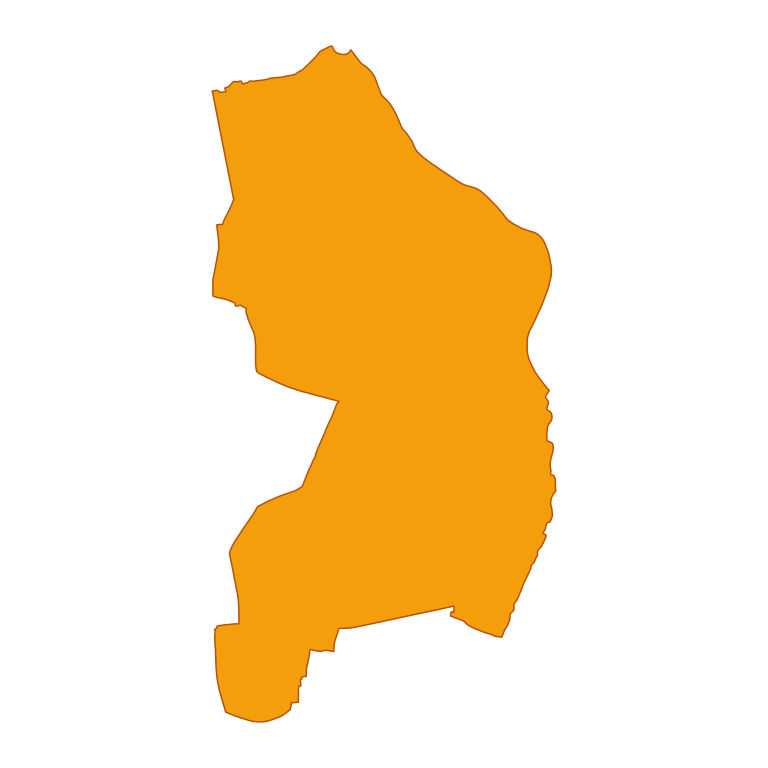 outline of Wat Phleng, Ratchaburi, Thailand
{"feature_id": "78962969B25106488333665", "entity_name": "Wat Phleng", "entity_type": "district", "adm_level": 2, "iso_a3": "THA", "parent_name": "Thailand", "parent_adm1": "Ratchaburi", "projection": "robinson", "projection_center": [99.866, 13.45], "detail": "fine", "context": "isolated", "style": "filled", "palette": "amber", "viewbox_px": 768, "rotation_deg": 0, "n_neighbors": 0, "source": "geoboundaries", "source_scale": "gbopen_adm2", "svg_char_len": 6012}
<svg xmlns="http://www.w3.org/2000/svg" viewBox="0 0 768 768"><path d="M549.3,390.7L543.1,383.2L538.6,377.1L535.3,372.3L532.6,367.2L529.9,361.4L528.8,358.6L528.0,355.8L527.5,353.2L527.2,350.5L527.1,344.3L527.2,340.2L527.5,338.0L527.9,336.1L528.7,333.2L529.8,330.5L534.3,321.7L541.1,306.8L543.2,301.6L547.8,289.4L548.6,286.9L551.0,276.8L551.3,274.4L551.4,271.2L551.4,269.0L551.1,266.0L549.4,256.9L548.6,253.2L546.2,246.7L544.2,242.0L542.4,238.8L539.7,236.0L537.4,234.1L535.2,232.8L527.6,230.4L522.3,228.6L514.1,224.3L510.9,222.2L508.2,220.2L506.3,218.2L503.0,214.0L497.0,206.8L485.9,195.6L480.3,190.8L477.9,189.3L475.3,188.1L466.9,185.7L464.2,184.8L461.2,183.3L456.5,180.4L446.9,174.0L431.1,163.3L423.2,157.4L418.9,153.4L417.1,151.5L415.6,149.4L414.4,147.0L412.0,141.3L406.5,133.3L402.9,129.2L401.8,127.6L396.5,115.1L393.3,109.0L390.9,105.2L388.9,102.5L382.9,96.3L381.7,95.0L380.9,93.6L375.1,78.1L373.8,75.3L371.5,72.0L368.4,68.8L365.1,65.9L363.4,65.0L360.7,62.9L350.9,50.0L349.2,52.4L348.0,53.4L347.5,53.7L346.1,54.2L344.1,54.5L342.0,54.4L339.2,53.8L336.8,52.8L336.2,52.4L335.2,51.6L334.7,51.1L333.9,50.0L332.6,47.1L332.1,46.3L331.8,46.1L331.5,46.1L329.9,46.4L320.8,51.0L319.8,51.7L318.9,52.7L317.5,54.7L314.7,57.8L309.6,63.0L302.6,69.6L301.9,70.1L300.6,70.9L298.4,72.0L295.5,74.1L294.9,74.4L292.8,75.0L286.8,76.0L281.8,77.2L272.3,78.0L270.6,78.3L266.5,79.4L262.8,80.1L256.1,80.8L253.5,81.3L252.7,81.3L251.2,81.0L250.5,81.0L248.9,81.5L247.4,82.8L245.1,83.1L243.3,84.1L243.1,84.1L242.8,83.9L241.1,81.1L240.1,81.1L237.2,81.8L236.2,81.8L234.1,81.5L233.3,81.8L232.9,82.1L230.0,85.3L227.8,87.1L225.5,87.6L225.0,88.0L224.9,88.3L224.9,88.6L225.8,91.3L225.8,91.5L225.4,91.9L225.1,92.0L223.0,92.0L221.7,92.3L220.1,92.2L219.6,91.9L217.9,90.8L216.7,90.3L216.2,90.3L213.3,91.0L212.3,91.1L233.7,199.7L233.3,200.3L231.8,204.2L228.9,210.8L226.7,215.0L224.8,218.4L224.3,219.5L222.6,224.2L222.2,224.5L219.3,224.4L217.8,224.7L216.7,225.0L218.2,237.2L218.7,243.1L218.8,246.7L218.8,248.0L218.3,251.3L217.7,254.3L215.5,266.4L213.2,278.0L213.0,279.5L212.8,286.9L212.9,290.0L212.9,295.9L216.0,297.2L226.3,299.4L234.7,302.9L234.9,303.2L235.5,305.8L235.9,306.1L237.7,306.0L239.7,305.4L240.9,305.4L241.4,305.6L244.3,307.5L245.9,308.1L246.1,308.3L246.0,311.9L248.3,319.7L254.0,333.2L255.0,337.7L255.6,345.2L255.6,362.5L255.8,366.4L256.3,369.8L256.7,371.3L257.0,371.8L259.0,373.4L266.9,377.4L279.1,383.2L290.2,387.7L299.8,390.8L303.5,391.9L308.2,393.0L312.5,394.3L326.2,397.9L331.9,399.5L336.4,400.5L338.7,401.4L338.8,401.7L338.8,401.8L337.5,402.9L337.0,403.5L336.7,404.2L331.9,416.4L331.2,418.5L330.1,420.1L326.2,428.8L324.2,434.0L318.8,446.2L316.0,453.1L315.0,457.1L312.8,461.0L310.9,465.7L309.4,468.6L308.3,471.1L304.4,481.0L302.0,486.8L295.4,490.6L280.3,495.9L267.3,501.5L257.8,506.5L252.5,515.2L243.4,528.4L234.7,541.6L232.0,546.5L230.5,550.0L229.7,552.2L229.5,553.7L233.1,571.4L236.0,586.9L237.5,594.0L238.2,598.8L238.8,606.5L239.0,623.5L238.6,623.8L234.5,623.9L227.8,624.6L225.0,624.8L217.7,625.9L217.3,626.1L216.9,626.6L216.7,627.8L216.4,628.3L215.7,628.8L214.8,629.3L214.6,629.5L215.1,631.4L215.1,633.0L214.9,634.6L214.7,635.7L214.8,638.6L215.0,643.8L215.1,646.2L215.4,648.1L216.1,667.7L217.0,678.1L219.2,689.8L225.7,712.1L235.1,716.0L247.6,720.0L252.2,721.3L258.2,721.9L263.6,721.8L267.6,721.1L272.6,719.5L280.9,716.4L285.0,713.7L290.3,709.5L291.6,702.5L293.5,702.7L294.9,702.6L298.2,702.2L298.4,702.2L298.4,700.5L298.5,692.1L298.4,689.3L298.7,686.4L299.0,686.2L300.6,686.0L300.7,685.9L300.8,685.7L300.9,685.3L300.5,680.9L300.5,679.4L300.6,679.2L301.4,679.1L301.8,678.9L302.1,677.2L302.3,676.9L302.6,676.7L304.9,676.4L306.1,676.5L306.2,676.4L306.4,670.3L306.7,667.1L307.3,664.7L308.5,659.9L309.7,651.8L310.1,649.7L310.5,649.4L313.2,650.2L314.9,650.6L318.6,651.2L321.2,651.3L323.0,650.7L326.5,650.4L327.7,650.5L333.7,651.5L333.9,651.4L333.9,651.1L333.9,649.1L334.1,645.8L334.4,643.2L334.9,640.9L337.5,633.2L338.7,629.0L339.0,628.5L349.3,628.1L353.3,627.6L363.4,625.5L366.4,624.9L417.9,613.8L439.4,609.3L453.6,606.1L453.8,606.3L454.1,608.2L454.1,608.7L453.6,611.9L453.5,612.2L453.1,612.3L452.6,612.2L451.5,611.8L451.2,611.9L451.1,612.0L450.5,615.8L450.7,616.1L460.8,619.9L462.4,620.4L463.3,620.8L464.4,621.7L467.0,624.3L469.8,626.2L473.6,628.0L483.3,632.0L487.9,633.5L489.4,633.8L491.2,634.4L492.4,635.0L493.3,635.5L494.2,636.0L494.9,636.2L495.8,636.4L497.9,636.6L500.2,637.1L501.9,637.0L502.9,634.6L504.0,631.4L504.7,629.9L507.0,626.4L507.9,624.5L509.2,621.4L509.7,619.6L509.9,618.4L510.1,614.3L510.3,613.7L510.5,613.4L513.4,610.8L513.9,609.7L514.0,608.8L513.9,605.0L514.2,603.7L516.4,600.9L516.8,600.3L517.9,598.1L521.6,589.1L523.6,583.6L524.8,581.1L527.1,576.5L529.5,571.3L530.6,569.2L530.8,568.6L530.8,567.0L531.6,565.1L532.1,564.3L533.7,562.8L534.0,562.5L536.1,557.7L537.4,555.6L537.5,554.8L537.5,553.0L537.6,551.5L537.7,550.8L538.3,549.8L541.4,546.5L545.2,538.8L545.9,536.6L546.0,535.7L545.8,534.8L545.6,534.5L545.3,534.4L544.4,534.2L543.5,533.8L543.3,533.3L543.3,532.8L543.5,532.1L544.8,530.0L545.3,529.0L546.6,523.8L547.2,522.9L547.9,522.5L549.3,522.2L550.0,521.8L550.6,520.9L551.1,519.6L552.3,516.4L552.4,515.4L552.3,513.4L551.7,508.1L551.4,506.7L550.9,505.5L550.7,504.4L550.7,502.3L550.9,500.5L551.4,498.2L551.8,497.2L552.8,495.0L554.1,493.0L555.5,491.5L555.7,490.8L555.7,490.0L555.4,486.7L555.3,484.2L555.4,480.6L555.1,478.8L554.7,477.4L554.2,476.4L553.6,475.5L553.2,475.2L552.9,475.1L551.5,475.0L551.0,474.8L550.7,474.2L550.6,473.6L551.0,470.6L550.6,468.7L550.3,467.2L550.2,464.1L550.7,460.0L550.9,458.6L552.7,452.4L553.3,448.1L553.3,447.0L553.3,446.4L552.4,443.5L552.1,443.0L550.6,442.2L547.2,440.9L547.0,440.7L546.8,439.8L546.9,433.1L547.6,426.9L548.0,425.5L549.2,423.5L551.3,420.7L551.6,419.9L551.8,418.7L552.0,417.2L552.0,416.4L551.7,414.2L551.0,412.8L550.6,412.2L550.0,411.7L547.6,410.2L547.1,409.7L546.9,409.3L546.9,408.7L547.0,407.3L547.3,406.3L548.1,404.9L548.5,402.3L548.4,401.8L548.1,401.2L545.8,397.8L545.6,396.8L545.6,396.2L546.5,394.6L549.3,390.7Z" fill="#f59e0b" stroke="#b45309" stroke-width="1.5"/></svg>